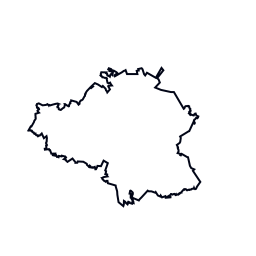 the district of Durango, Durango, Mexico, rotated 212°
{"feature_id": "50627088B41619620230595", "entity_name": "Durango", "entity_type": "district", "adm_level": 2, "iso_a3": "MEX", "parent_name": "Mexico", "parent_adm1": "Durango", "projection": "mercator", "projection_center": [-104.689, 23.911], "detail": "fine", "context": "isolated", "style": "outline", "palette": "ink", "viewbox_px": 256, "rotation_deg": 212, "n_neighbors": 0, "source": "geoboundaries", "source_scale": "gbopen_adm2", "svg_char_len": 5715}
<svg xmlns="http://www.w3.org/2000/svg" viewBox="0 0 256 256"><g transform="rotate(212 128 128)"><path d="M79.8,76.2L78.1,85.3L77.1,85.2L74.5,86.7L70.5,87.6L70.5,88.3L66.9,86.6L64.3,87.0L64.5,88.1L62.4,87.2L60.2,90.0L59.1,88.8L54.6,92.2L57.7,91.5L56.4,94.1L56.6,94.7L56.2,95.0L55.2,94.9L54.7,95.7L54.1,96.1L54.1,96.4L53.7,96.7L53.4,96.5L52.9,96.7L52.5,96.5L52.4,96.8L52.2,96.5L51.8,96.5L51.5,97.1L51.6,97.5L50.7,97.9L50.4,98.3L50.2,98.2L50.1,98.5L49.9,98.5L49.7,99.0L50.0,99.4L49.6,100.3L49.2,100.3L49.0,101.0L48.6,101.4L48.8,101.5L48.3,104.7L48.0,105.8L47.3,105.7L47.1,106.5L46.4,106.7L45.9,106.8L45.1,106.4L44.6,106.7L43.6,108.1L43.2,108.0L42.9,108.1L42.5,108.9L41.7,109.5L41.6,110.2L41.0,110.8L40.1,111.3L40.3,112.2L39.9,111.9L38.7,111.7L38.1,112.5L38.4,115.0L38.1,120.6L50.3,126.1L49.9,128.0L53.1,127.5L55.4,128.7L61.6,135.0L62.5,134.7L68.7,134.5L68.7,132.8L69.4,132.7L69.9,133.8L72.6,133.0L72.8,135.2L73.9,136.5L74.5,136.7L75.3,137.5L75.1,137.8L75.3,138.1L77.6,139.5L76.3,142.7L76.4,144.0L78.0,147.6L79.3,148.4L74.7,157.6L74.4,157.8L75.6,167.3L74.4,166.8L73.9,166.9L73.9,167.4L74.1,167.8L74.5,167.9L76.0,169.1L76.2,170.2L75.7,170.9L75.6,172.6L74.5,173.0L74.6,173.4L74.2,173.9L74.5,175.1L76.6,174.8L77.5,175.5L77.8,175.6L78.3,176.1L78.7,175.8L78.8,174.8L79.1,174.5L78.9,174.0L78.9,173.5L79.6,173.2L80.4,173.1L81.1,172.8L81.9,172.8L82.1,172.1L82.5,172.2L83.2,172.5L83.2,173.2L84.0,172.9L84.0,173.1L83.4,173.4L84.3,173.7L84.6,173.9L83.9,175.4L84.0,175.8L85.0,176.1L84.9,176.6L85.3,177.3L86.9,177.7L87.6,178.8L88.3,178.8L89.0,178.4L89.1,178.0L90.0,177.6L90.8,176.9L90.9,175.3L90.6,174.5L90.9,173.8L108.1,182.8L110.7,181.2L120.2,177.8L126.4,176.7L125.1,183.4L127.8,185.4L129.7,185.7L128.6,195.7L131.4,196.7L131.0,185.3L141.2,184.9L141.3,181.7L142.9,182.2L146.8,185.5L148.1,185.9L150.6,183.4L149.4,182.4L150.9,181.1L148.6,178.7L157.4,173.2L160.7,175.8L161.1,174.9L161.8,174.2L162.7,172.0L166.5,165.0L167.1,165.6L167.2,166.1L166.1,168.9L167.3,169.2L170.4,169.1L170.4,168.4L170.9,168.3L173.6,169.0L175.9,168.5L175.8,167.2L173.6,167.0L173.6,166.6L172.4,167.1L171.5,167.1L170.4,167.2L169.1,164.6L170.9,164.9L171.2,164.0L170.6,161.9L171.4,162.0L173.1,161.6L173.4,162.0L173.7,162.0L173.8,162.3L174.4,162.6L174.3,162.8L174.6,163.0L175.6,162.8L175.8,163.7L180.2,161.1L179.7,159.3L179.4,158.9L179.1,158.8L179.0,158.5L178.5,158.3L178.8,157.9L178.4,157.8L178.0,158.0L177.8,157.8L177.3,157.8L176.6,157.4L175.8,158.0L174.4,158.1L173.2,158.9L172.5,159.0L172.1,158.8L172.1,158.3L169.3,155.5L168.0,155.7L167.2,157.0L165.8,156.1L164.2,155.5L167.0,153.4L166.9,152.9L163.8,151.2L164.4,147.2L165.6,148.1L166.5,148.2L167.8,149.4L171.6,150.3L171.8,148.9L176.5,149.0L179.9,148.5L181.0,144.4L179.7,144.5L180.5,142.2L181.5,142.3L182.4,137.8L182.5,135.5L182.0,134.7L182.4,133.9L182.0,133.4L181.5,132.4L181.7,131.8L181.5,128.2L182.0,126.9L182.4,126.7L182.7,125.8L182.7,123.8L181.9,122.9L182.3,121.6L185.4,122.9L190.8,121.3L190.4,120.5L190.7,119.9L190.7,119.5L190.5,118.9L190.1,118.5L190.4,118.2L190.1,117.0L190.2,116.1L189.8,115.7L189.6,115.2L189.8,114.9L191.3,114.8L194.2,114.9L194.3,114.8L194.0,114.7L193.6,114.3L193.7,113.9L193.1,112.0L193.1,111.5L193.8,110.1L194.2,108.8L194.8,107.8L194.7,107.7L194.9,107.5L196.6,107.2L197.3,108.1L198.5,108.6L198.9,108.3L199.2,108.7L199.0,109.1L199.2,110.0L199.0,109.9L199.0,110.3L199.4,110.6L199.6,111.1L200.2,111.3L199.9,111.6L200.6,111.5L202.1,110.2L204.1,108.1L206.0,105.9L206.3,106.0L206.6,106.0L206.7,105.7L207.1,105.6L207.1,105.3L207.4,105.5L207.9,105.3L208.0,105.4L209.0,105.5L209.7,104.2L212.4,102.0L216.7,101.6L217.9,100.1L217.7,99.6L217.8,99.1L217.7,98.7L217.2,98.6L216.1,97.2L215.5,97.1L215.4,96.9L214.8,96.9L215.2,97.4L214.8,97.6L213.5,97.0L213.3,96.7L213.8,95.7L213.9,94.6L212.9,94.1L211.6,93.8L214.0,91.0L213.3,89.8L212.6,89.0L212.0,87.9L211.5,87.6L211.1,86.4L211.3,84.6L210.9,83.1L210.7,78.1L211.3,77.9L211.1,73.1L210.8,73.2L210.7,74.1L209.5,74.0L209.3,74.5L208.1,74.8L207.7,74.6L207.6,74.3L207.2,74.3L207.1,74.0L206.1,73.9L205.5,74.2L205.0,73.8L204.6,73.9L204.5,73.5L204.1,73.5L203.4,74.2L202.9,73.6L202.1,73.3L200.6,74.1L200.4,74.0L200.7,73.6L200.6,73.4L200.2,73.3L200.2,73.6L199.8,73.6L199.3,74.5L198.8,74.9L198.7,76.1L198.4,76.2L198.2,77.6L193.9,74.8L192.8,77.9L191.5,76.6L191.0,75.7L191.0,75.4L190.3,74.4L190.0,73.5L189.7,73.3L189.6,71.8L187.7,70.6L187.8,70.2L187.6,69.5L187.9,69.4L186.3,67.4L187.6,66.3L187.0,65.6L183.8,68.2L182.8,67.5L182.3,67.9L179.4,65.6L176.1,67.8L175.8,67.1L176.7,66.5L176.5,66.1L177.5,65.5L177.3,65.1L174.8,66.0L174.1,66.4L174.1,66.6L173.0,65.9L172.3,66.8L171.8,66.3L171.4,66.4L171.8,67.7L169.3,68.7L169.5,69.4L166.8,70.3L166.1,70.1L166.0,70.5L165.5,70.4L164.9,70.1L165.8,67.6L163.9,68.1L163.4,67.6L161.4,67.2L158.9,72.7L154.1,71.0L154.0,70.7L152.6,71.7L152.9,73.0L148.0,75.7L144.0,75.8L143.3,75.0L140.4,74.5L140.5,75.8L139.5,75.6L139.6,74.5L137.0,75.5L136.6,75.8L136.8,76.2L136.3,76.4L135.6,77.4L133.8,75.7L133.3,76.1L133.5,78.3L133.8,79.7L130.7,81.3L131.4,87.4L126.5,87.5L124.8,79.9L123.7,79.8L123.1,78.3L122.8,76.9L122.2,77.1L121.9,77.1L121.5,77.5L121.0,77.6L120.2,76.1L119.8,76.0L122.3,73.8L123.0,72.9L123.0,72.4L123.6,71.8L122.6,71.4L122.4,71.0L121.0,70.8L120.1,70.5L119.8,70.7L118.4,70.6L118.3,71.7L117.4,72.3L115.8,70.5L108.0,72.7L107.2,71.7L103.7,68.6L101.6,65.7L96.7,60.1L90.6,59.3L91.0,60.9L92.8,64.0L91.2,64.0L90.4,63.4L87.9,63.0L88.0,63.7L88.4,63.8L88.1,64.1L88.4,65.3L88.7,65.3L88.7,65.6L88.0,65.7L88.1,65.4L87.9,65.1L84.2,66.0L84.1,66.5L84.3,67.3L83.6,67.4L84.4,68.3L85.2,67.9L85.6,69.4L86.0,69.5L86.3,69.7L86.7,69.5L87.0,70.0L87.5,69.9L87.8,70.3L88.8,70.3L90.8,73.7L91.9,73.2L92.9,75.9L92.7,76.2L92.1,76.3L89.8,75.8L88.9,74.6L88.5,72.1L87.8,71.7L87.7,71.1L80.4,72.3L80.4,73.7L79.8,76.2Z" fill="none" stroke="#020617" stroke-width="2"/></g></svg>